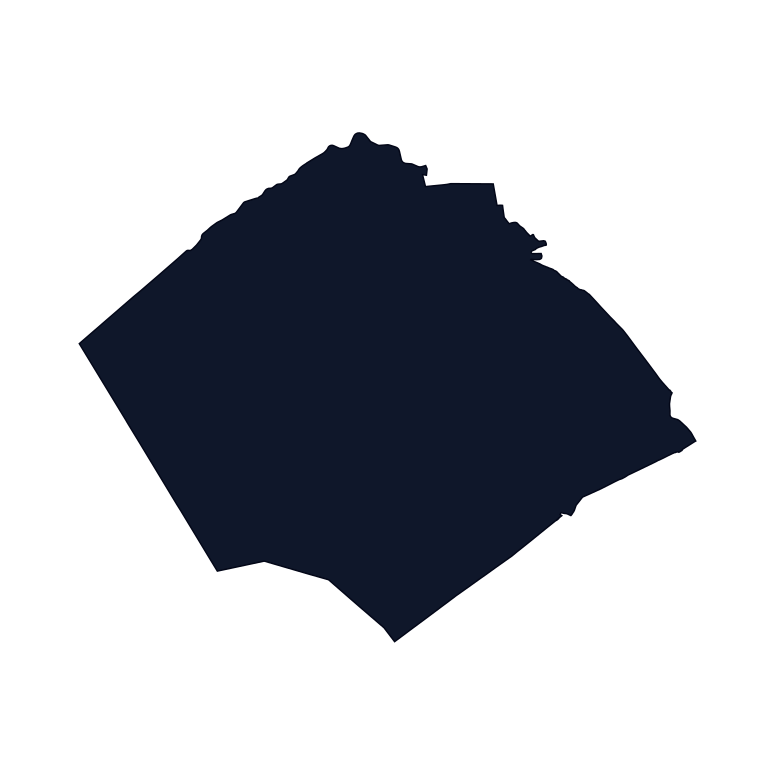 outline of Gemert-Bakel, Noord-Brabant, Netherlands, rotated 157°
{"feature_id": "6326949B55320992871196", "entity_name": "Gemert-Bakel", "entity_type": "district", "adm_level": 2, "iso_a3": "NLD", "parent_name": "Netherlands", "parent_adm1": "Noord-Brabant", "projection": "albers", "projection_center": [5.722, 51.541], "detail": "fine", "context": "isolated", "style": "filled", "palette": "ink", "viewbox_px": 768, "rotation_deg": 157, "n_neighbors": 0, "source": "geoboundaries", "source_scale": "gbopen_adm2", "svg_char_len": 6099}
<svg xmlns="http://www.w3.org/2000/svg" viewBox="0 0 768 768"><g transform="rotate(157 384 384)"><path d="M119.3,209.7L119.8,214.1L120.2,218.0L120.3,218.8L120.5,219.9L122.5,226.2L122.8,226.8L126.2,234.4L126.7,235.2L127.2,235.9L127.5,236.4L128.0,236.8L131.5,239.6L131.9,240.0L132.3,240.5L132.6,241.1L132.9,241.7L133.0,242.3L133.0,243.0L132.9,243.7L132.7,244.3L131.6,246.8L131.2,247.7L129.9,251.7L129.4,253.0L128.9,254.3L128.0,255.8L125.2,260.4L124.4,261.4L123.2,262.4L122.3,263.3L122.4,263.6L122.8,264.0L122.9,264.3L122.9,264.5L122.8,264.9L123.3,266.7L123.9,267.2L126.2,274.0L127.1,276.7L128.4,281.0L128.9,283.1L129.7,286.8L130.5,290.1L133.9,304.0L135.7,311.1L137.4,317.8L140.9,332.4L142.7,339.3L143.2,340.9L146.6,349.4L147.4,351.8L148.6,354.8L149.7,357.5L154.3,370.1L155.2,372.7L157.8,380.1L160.1,386.4L160.5,386.8L160.9,387.5L161.9,389.4L163.1,391.5L163.5,392.0L163.9,392.3L164.6,392.6L164.8,392.8L165.1,393.3L166.0,393.8L166.5,394.2L166.9,394.5L167.1,394.7L167.6,395.4L168.0,395.7L168.1,395.9L168.3,396.6L168.5,397.1L168.9,397.6L169.4,398.4L169.7,399.0L169.9,399.2L170.2,399.8L170.9,401.6L171.6,402.9L171.8,403.5L172.3,404.4L172.7,405.1L173.0,405.9L173.2,406.4L173.2,406.7L173.4,406.9L173.7,407.3L174.5,408.0L174.7,408.3L174.8,408.8L175.0,409.1L175.2,409.4L176.3,410.5L176.6,410.8L177.1,412.1L177.3,412.4L178.0,413.1L178.5,413.6L178.7,413.8L178.8,414.1L179.2,415.0L179.6,416.0L180.1,417.3L180.8,418.9L181.1,419.9L181.6,420.6L182.1,421.2L182.7,421.7L183.0,422.1L183.7,423.4L184.1,423.8L185.0,424.7L185.6,425.2L186.1,425.7L187.1,426.6L187.4,427.0L187.8,427.5L188.7,428.2L189.8,429.4L190.9,430.4L192.4,432.0L193.4,433.4L194.6,434.7L197.7,437.9L198.4,438.5L198.5,438.7L198.6,439.1L199.1,439.5L199.5,439.8L199.6,440.0L199.9,440.3L200.1,440.7L200.4,441.0L200.0,441.3L199.3,441.0L196.6,439.6L194.7,438.8L192.7,438.1L192.2,437.9L191.3,437.9L190.2,438.1L189.9,438.3L188.9,439.7L188.6,440.3L188.5,441.9L188.4,442.7L196.7,446.1L197.2,447.0L197.3,447.5L196.7,448.3L195.8,448.7L193.1,448.7L192.1,448.7L191.4,449.0L191.0,449.2L190.4,449.3L187.9,449.4L184.8,449.0L184.2,449.1L183.9,449.0L182.1,448.9L181.6,448.7L180.9,448.5L180.4,448.5L180.2,448.8L180.1,449.0L180.0,450.0L179.8,450.1L179.8,452.4L180.0,452.5L180.5,453.0L180.9,453.4L185.5,454.8L185.9,455.0L186.8,456.9L188.0,459.6L188.2,461.5L188.1,462.5L188.2,463.1L188.4,463.3L188.6,463.4L188.8,463.4L191.7,462.9L192.3,464.7L193.3,467.2L193.7,468.4L194.1,470.0L194.4,470.8L194.6,471.9L194.9,472.6L195.1,473.0L195.3,473.4L196.1,474.6L196.7,475.6L197.4,476.7L198.0,478.6L198.2,479.1L198.6,480.2L199.0,480.7L199.5,481.1L199.8,481.3L200.1,481.5L201.0,481.8L201.6,482.0L203.5,482.4L205.9,482.6L206.3,482.8L206.4,483.3L207.4,487.0L207.6,488.0L208.3,490.3L207.3,494.1L206.1,498.6L205.1,502.1L205.6,502.4L207.3,503.2L210.2,504.2L205.3,525.5L244.2,542.3L245.1,542.5L248.0,543.1L251.5,544.1L253.7,544.8L268.7,549.5L266.8,561.2L266.7,561.7L266.1,561.4L263.4,559.6L261.3,563.3L260.3,565.1L260.3,568.8L264.6,569.3L266.3,569.8L267.8,570.9L271.7,575.0L272.4,575.7L273.3,576.2L277.8,578.5L278.6,579.1L279.8,580.4L279.9,580.7L280.4,582.1L280.4,583.8L278.9,592.2L278.8,594.0L279.1,595.3L279.8,596.6L281.2,598.0L286.0,602.1L286.5,602.4L286.8,602.6L287.6,602.9L295.0,605.4L295.7,605.8L296.4,606.3L296.8,606.8L300.8,611.4L301.2,611.8L301.5,612.3L301.8,612.9L302.0,613.5L303.5,619.0L303.8,620.1L304.2,620.9L304.5,621.3L305.4,622.4L305.9,622.9L306.4,623.3L308.5,624.7L309.4,625.0L309.9,625.2L310.6,625.3L311.3,625.3L312.4,625.2L312.9,625.1L313.9,624.6L314.8,624.0L316.1,622.8L318.2,620.8L321.1,617.9L322.1,617.1L322.4,616.8L323.1,616.5L323.5,616.4L324.2,616.2L324.7,616.2L326.9,616.3L328.5,616.5L330.8,617.1L331.0,617.2L332.5,618.1L332.9,618.3L337.3,623.1L338.3,623.9L339.3,624.3L339.7,624.4L340.8,624.4L341.2,624.4L341.4,624.3L342.1,624.1L342.5,623.9L342.9,623.6L344.6,622.2L344.9,622.0L347.1,621.0L349.0,620.3L350.7,620.0L358.8,619.1L368.0,617.7L368.4,617.7L369.1,617.4L372.1,616.9L373.6,616.6L375.2,616.2L377.0,615.6L377.7,615.3L378.8,614.6L379.9,613.8L380.6,613.4L382.1,612.7L382.7,612.3L383.7,612.0L384.2,611.8L384.8,611.8L388.8,612.0L389.5,612.0L389.8,612.0L390.2,611.9L390.8,611.6L391.1,611.4L392.8,610.1L393.3,609.8L394.2,609.5L398.8,608.5L399.5,608.4L400.5,608.4L403.7,609.4L404.0,609.4L404.6,609.5L405.2,609.4L409.7,608.3L410.5,608.2L411.3,608.3L412.1,608.5L413.5,609.1L414.4,609.2L415.0,609.2L415.7,609.2L416.3,609.1L416.9,608.9L417.5,608.6L418.1,608.3L421.5,606.0L422.0,605.7L422.6,605.5L423.3,605.3L426.1,604.9L427.2,604.4L428.7,604.8L430.1,605.0L440.4,606.0L441.4,606.0L442.3,605.8L443.0,605.4L452.7,599.8L453.2,599.6L453.7,599.4L454.1,599.3L454.9,599.3L458.3,599.7L459.3,599.7L466.4,598.6L469.0,598.2L474.1,597.9L474.8,597.8L481.4,596.3L483.0,595.8L486.8,594.4L487.7,594.2L491.7,593.1L493.1,592.4L494.2,591.2L495.0,589.7L495.6,588.9L496.4,588.3L502.3,585.1L507.8,582.9L509.8,582.5L511.3,583.1L512.0,583.5L512.9,583.8L513.8,583.7L514.2,583.6L518.9,582.0L524.7,580.0L549.0,572.1L571.8,564.8L578.5,562.8L580.8,562.1L648.7,540.2L635.6,450.7L635.6,450.3L635.1,446.7L632.1,426.4L621.8,354.5L620.6,347.0L615.1,308.6L612.9,293.3L611.5,283.7L610.5,276.9L564.0,267.9L563.1,267.5L528.0,238.8L511.5,225.5L497.9,197.5L493.6,188.7L479.2,159.6L474.9,142.7L459.0,146.6L433.0,152.9L402.1,160.5L401.1,160.8L382.8,164.8L371.2,167.4L364.6,168.8L353.2,171.4L336.7,175.0L333.8,175.6L327.1,177.6L313.4,181.4L298.1,185.8L291.5,187.7L279.4,191.1L278.0,191.5L278.0,191.2L276.0,191.8L276.0,192.0L275.2,192.3L275.3,192.4L271.8,193.3L272.9,195.1L271.7,196.1L271.3,196.3L271.1,196.3L270.9,196.3L270.2,195.6L268.6,194.4L267.2,193.7L266.0,192.8L263.4,189.9L262.9,190.1L261.5,190.9L258.7,193.0L258.7,192.9L258.1,193.4L254.6,197.3L245.5,202.3L225.1,202.8L209.5,203.9L205.3,204.1L204.6,204.1L202.4,203.9L201.7,203.9L198.4,204.2L194.5,204.9L193.9,204.9L191.0,205.0L164.2,206.3L161.1,206.6L160.5,206.5L155.9,206.7L150.1,207.1L149.3,207.1L145.8,207.3L144.4,207.3L143.6,207.4L143.0,207.1L142.8,207.1L141.5,207.1L139.6,206.6L139.3,206.0L138.3,206.0L136.9,206.3L136.5,206.3L136.1,206.3L135.1,206.8L134.8,207.2L132.8,207.6L120.5,209.6L119.3,209.7Z" fill="#0f172a" stroke="#020617" stroke-width="1.5"/></g></svg>